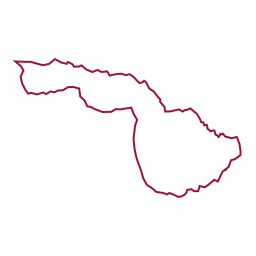 the district of Dymes, Limassol, Cyprus
{"feature_id": "46923920B11933965070287", "entity_name": "Dymes", "entity_type": "district", "adm_level": 2, "iso_a3": "CYP", "parent_name": "Cyprus", "parent_adm1": "Limassol", "projection": "natural_earth1", "projection_center": [32.967, 34.924], "detail": "fine", "context": "isolated", "style": "outline", "palette": "rose", "viewbox_px": 256, "rotation_deg": 0, "n_neighbors": 0, "source": "geoboundaries", "source_scale": "gbopen_adm2", "svg_char_len": 1736}
<svg xmlns="http://www.w3.org/2000/svg" viewBox="0 0 256 256"><path d="M28.3,93.7L31.1,92.8L36.8,94.4L40.6,93.3L43.4,92.5L46.1,94.1L50.3,91.5L54.5,92.2L58.1,90.5L62.9,90.2L65.4,88.7L67.9,87.2L73.1,86.9L79.2,88.5L80.2,96.4L84.6,100.6L87.4,106.4L90.8,106.9L94.3,108.9L102.5,112.0L111.2,111.8L115.8,109.1L120.1,109.4L131.2,107.6L133.6,113.8L137.1,119.8L135.1,125.6L133.5,138.9L134.6,149.2L135.8,155.0L136.8,159.0L140.8,169.7L143.2,178.2L146.8,184.8L151.5,187.8L156.3,191.9L163.1,193.0L167.3,194.4L169.2,193.0L173.5,194.6L178.3,196.9L180.6,196.6L181.2,196.5L184.3,194.9L186.4,192.6L187.2,189.9L191.6,189.2L193.8,191.1L198.2,191.1L199.6,186.0L204.4,187.3L207.7,185.3L210.8,182.7L214.2,179.8L217.8,181.5L220.0,177.1L221.5,173.6L223.0,171.1L225.6,169.9L225.2,169.5L228.5,167.0L229.9,163.4L231.0,160.3L234.9,159.1L240.4,155.2L240.6,152.0L240.2,148.8L239.5,144.0L236.8,137.0L231.2,138.3L228.2,137.2L225.6,136.8L222.7,133.6L221.8,134.3L221.2,134.3L220.3,133.9L219.9,135.4L218.5,137.0L217.1,135.2L215.5,134.6L214.4,130.6L212.8,130.5L210.4,131.3L209.2,129.9L207.5,128.8L207.3,126.9L206.7,124.8L204.2,125.3L203.3,122.4L202.5,122.3L201.3,122.3L199.8,118.7L197.0,114.0L190.4,108.4L186.7,109.9L184.7,110.1L182.7,111.6L179.0,109.4L173.8,110.6L170.4,111.4L165.2,111.5L164.5,107.0L160.2,102.0L160.1,99.2L157.3,96.1L153.9,91.6L149.2,88.4L145.9,82.0L144.1,80.8L142.0,82.5L139.4,83.1L133.6,77.0L129.6,74.2L126.0,75.1L120.9,73.7L117.2,74.0L112.3,74.9L109.7,75.6L107.2,71.4L101.5,72.0L97.5,70.0L92.5,72.0L86.5,69.6L81.5,65.4L78.8,66.6L73.9,66.6L72.4,64.2L68.0,62.0L66.6,63.8L61.5,62.6L55.0,59.1L48.9,64.0L42.9,65.2L30.4,61.8L23.4,61.8L15.4,61.4L21.2,66.5L23.4,70.6L20.6,76.6L22.1,83.4L25.4,89.9L28.3,93.7Z" fill="none" stroke="#9f1239" stroke-width="2"/></svg>